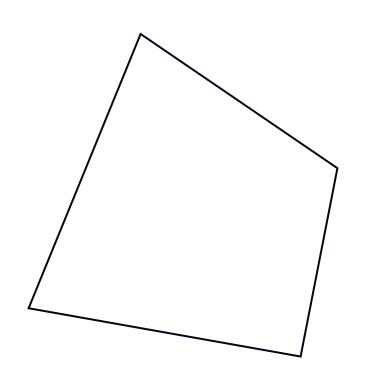 the district of Paris Paris, Al Wadi at Jadid, Egypt, rotated 281°
{"feature_id": "37247803B13722182372819", "entity_name": "Paris Paris", "entity_type": "district", "adm_level": 2, "iso_a3": "EGY", "parent_name": "Egypt", "parent_adm1": "Al Wadi at Jadid", "projection": "natural_earth1", "projection_center": [30.442, 22.93], "detail": "fine", "context": "isolated", "style": "outline", "palette": "ink", "viewbox_px": 384, "rotation_deg": 281, "n_neighbors": 0, "source": "geoboundaries", "source_scale": "gbopen_adm2", "svg_char_len": 222}
<svg xmlns="http://www.w3.org/2000/svg" viewBox="0 0 384 384"><g transform="rotate(281 192 192)"><path d="M51.2,330.0L243.1,330.2L337.3,111.4L46.7,53.8L51.2,330.0Z" fill="none" stroke="#020617" stroke-width="2"/></g></svg>